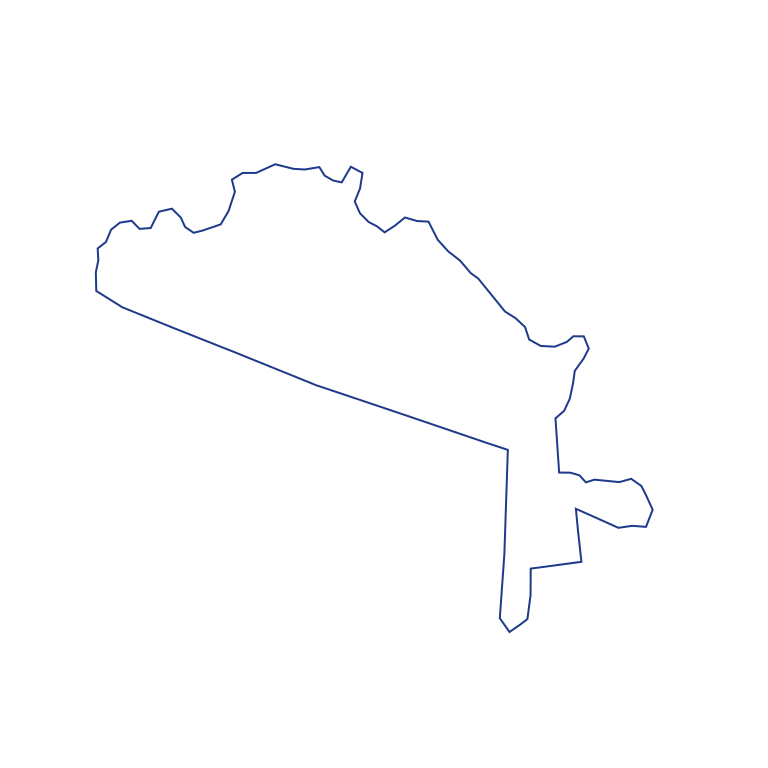 Primavera, Pernambuco, Brazil, rotated 328°
{"feature_id": "56859067B11110903525977", "entity_name": "Primavera", "entity_type": "district", "adm_level": 2, "iso_a3": "BRA", "parent_name": "Brazil", "parent_adm1": "Pernambuco", "projection": "mercator", "projection_center": [-35.383, -8.341], "detail": "fine", "context": "isolated", "style": "outline", "palette": "blue", "viewbox_px": 768, "rotation_deg": 328, "n_neighbors": 0, "source": "geoboundaries", "source_scale": "gbopen_adm2", "svg_char_len": 1354}
<svg xmlns="http://www.w3.org/2000/svg" viewBox="0 0 768 768"><g transform="rotate(328 384 384)"><path d="M358.1,644.0L359.0,660.8L372.3,660.2L381.1,659.3L396.4,640.7L410.6,618.3L457.2,639.4L470.6,611.6L480.6,591.5L506.6,630.2L519.3,635.8L530.5,644.0L545.2,633.0L547.3,617.2L548.2,606.8L543.4,595.4L531.6,591.9L511.7,576.6L503.1,574.4L501.4,565.1L495.1,558.0L485.6,551.9L511.2,504.0L522.6,502.2L533.8,494.9L544.7,483.6L552.8,473.9L566.6,468.3L576.4,462.5L578.7,449.5L569.9,443.9L561.3,445.2L548.5,442.8L537.1,434.8L530.7,423.2L533.8,410.4L530.5,398.1L525.0,386.6L523.1,371.3L521.7,359.8L519.8,344.5L516.3,335.9L513.9,319.6L508.8,305.8L506.0,290.2L507.8,269.9L498.5,263.4L490.0,253.9L477.1,255.5L464.9,255.7L461.6,246.6L456.8,238.4L454.1,226.5L455.9,213.7L467.3,205.5L477.6,193.6L471.0,182.2L455.0,190.6L448.7,184.5L444.1,175.9L444.1,165.8L430.5,160.1L421.3,153.6L408.2,140.0L387.4,137.2L376.0,130.1L363.3,130.1L359.4,142.0L351.9,148.2L343.9,154.9L330.1,162.1L311.3,157.7L302.7,154.9L298.5,145.4L299.9,135.3L297.0,122.9L284.3,118.6L268.8,128.1L258.9,122.9L256.5,111.9L245.6,107.2L234.4,108.5L223.5,116.2L213.0,117.3L207.3,127.7L198.8,136.6L189.3,152.6L202.7,180.2L227.2,214.0L236.6,226.9L265.9,266.7L273.6,277.1L325.9,349.2L359.4,389.9L389.2,426.2L439.0,487.3L454.1,505.5L395.9,592.1L358.1,644.0Z" fill="none" stroke="#1e3a8a" stroke-width="2"/></g></svg>